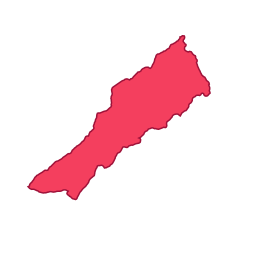 Martinópolis, São Paulo, Brazil (Robinson projection), rotated 37°
{"feature_id": "56859067B60497453686777", "entity_name": "Martinópolis", "entity_type": "district", "adm_level": 2, "iso_a3": "BRA", "parent_name": "Brazil", "parent_adm1": "São Paulo", "projection": "robinson", "projection_center": [-51.128, -22.2], "detail": "fine", "context": "isolated", "style": "filled", "palette": "rose", "viewbox_px": 256, "rotation_deg": 37, "n_neighbors": 0, "source": "geoboundaries", "source_scale": "gbopen_adm2", "svg_char_len": 5254}
<svg xmlns="http://www.w3.org/2000/svg" viewBox="0 0 256 256"><g transform="rotate(37 128 128)"><path d="M100.6,87.0L100.4,88.6L99.2,88.9L97.6,89.4L96.3,90.8L96.1,92.0L95.3,93.3L94.8,94.2L91.4,104.5L91.3,105.5L91.6,106.4L91.9,107.4L92.9,108.4L93.9,109.3L94.9,110.2L95.4,111.5L95.6,112.8L96.2,113.8L96.7,114.8L97.8,115.5L98.3,116.4L99.0,117.0L99.8,117.9L100.2,118.9L100.6,119.7L101.4,120.1L101.7,121.4L101.3,123.0L101.0,124.6L100.8,126.1L100.3,127.4L98.9,129.0L98.4,129.8L97.9,130.7L96.7,132.7L96.1,133.3L95.2,133.9L94.7,134.7L95.2,136.2L96.1,137.7L96.8,138.9L96.9,140.1L97.2,141.4L97.9,142.2L97.9,143.6L98.7,145.3L98.9,146.5L99.4,147.5L100.5,148.2L101.0,148.9L101.1,150.0L100.7,151.3L100.7,152.6L100.1,153.6L100.2,154.7L100.4,155.7L100.9,157.0L101.2,158.3L100.2,159.0L99.5,160.2L99.6,161.4L100.0,162.7L100.2,164.1L100.2,165.2L99.7,166.2L99.6,167.6L99.5,168.9L99.3,170.1L99.0,171.0L98.6,172.2L97.9,173.5L97.9,174.9L97.4,176.1L97.3,177.7L96.9,179.4L97.3,180.9L97.4,182.5L96.8,183.7L95.7,184.5L95.3,185.8L94.9,187.5L94.3,189.2L93.8,190.6L93.7,192.1L93.4,193.0L93.0,193.8L92.5,195.0L92.0,196.3L90.8,197.8L90.4,198.7L90.2,199.7L90.1,200.9L89.9,202.3L89.7,203.6L89.6,204.9L89.1,206.0L89.0,207.2L89.2,208.8L89.3,210.1L88.4,210.9L87.6,211.3L87.0,211.9L86.8,212.7L86.4,213.7L86.3,214.8L85.7,215.8L85.4,216.8L84.8,218.1L84.5,219.3L84.0,220.3L83.6,221.0L83.8,221.9L83.4,223.1L83.5,224.5L83.7,225.5L83.8,226.6L83.7,228.2L83.8,229.4L83.4,230.9L83.5,232.3L84.2,233.6L83.5,235.0L84.6,235.2L85.8,235.4L87.1,235.2L87.9,235.0L88.7,234.3L89.7,233.6L90.7,233.3L91.7,233.1L92.8,232.9L93.6,232.5L94.5,232.5L95.3,232.6L96.4,232.2L97.6,231.7L98.6,231.3L99.7,230.7L100.5,229.8L101.3,229.3L101.9,228.5L102.5,227.6L103.3,226.8L103.9,225.8L105.3,224.9L106.8,224.2L107.6,223.5L108.6,222.4L109.2,221.5L110.0,220.8L110.8,220.2L111.9,219.3L112.8,218.2L113.2,217.2L114.0,216.0L115.0,215.3L115.7,214.9L116.6,214.8L117.4,214.6L118.3,214.4L118.3,215.8L118.5,216.9L119.5,217.5L120.4,217.6L121.4,217.4L122.4,217.8L123.3,217.4L124.2,217.6L125.6,217.8L126.7,217.7L127.6,217.2L129.1,216.7L129.6,215.8L129.6,214.8L129.2,213.8L129.1,212.9L128.9,211.5L128.7,210.4L128.5,209.4L128.3,208.3L128.5,206.9L128.5,205.9L128.5,204.4L128.6,203.2L128.9,201.8L129.2,200.5L129.3,199.6L129.2,198.6L129.3,196.6L129.1,194.7L128.6,193.5L128.4,192.2L128.6,190.6L129.1,188.6L129.3,187.5L129.7,186.3L129.2,185.2L128.8,184.4L128.1,183.2L127.6,181.8L127.2,180.6L127.0,179.4L127.0,178.4L126.4,176.8L127.1,175.7L127.9,175.2L129.2,173.7L130.0,173.4L131.5,173.4L132.4,173.8L133.3,174.1L134.7,172.6L135.0,171.7L135.6,170.7L136.3,169.5L136.2,168.2L136.5,167.2L136.9,166.0L136.8,164.7L136.5,162.6L136.1,160.8L135.9,159.7L135.3,158.6L135.3,157.0L134.9,155.6L134.9,154.2L135.8,152.7L136.1,151.7L136.0,150.4L135.9,149.4L135.6,148.1L135.4,146.3L136.2,145.4L137.9,144.7L138.7,144.3L139.3,143.7L139.5,141.8L141.0,139.6L142.1,138.9L143.2,136.7L143.8,135.8L144.4,135.1L145.5,133.9L146.1,133.0L146.3,131.9L145.8,130.9L145.2,129.8L144.0,129.1L142.8,129.4L143.6,127.9L143.9,126.4L144.0,125.3L144.4,123.8L144.1,122.7L143.9,121.6L144.0,120.3L144.9,118.8L145.0,117.9L144.9,116.6L145.9,115.3L146.7,113.9L147.5,113.1L148.6,112.8L149.6,112.6L150.5,111.8L151.5,111.5L153.2,110.6L154.3,108.9L155.0,107.8L155.6,106.8L156.0,106.0L156.7,105.6L157.5,105.3L158.0,104.4L157.7,102.9L157.1,102.3L156.5,101.7L155.8,100.8L155.4,99.6L156.1,97.2L156.4,96.0L156.4,94.5L156.6,92.9L156.2,91.4L156.5,89.9L157.5,88.5L158.3,87.7L159.5,86.9L160.5,86.8L161.3,87.0L162.5,86.9L162.0,83.8L162.3,82.5L162.6,81.7L162.9,80.3L163.8,79.3L163.9,78.2L163.8,76.8L163.8,75.1L163.5,74.1L162.7,73.1L162.5,71.6L163.1,70.2L163.1,68.7L162.8,67.4L161.9,66.1L161.7,64.8L162.1,63.6L162.7,62.6L162.8,61.6L163.0,60.8L163.8,60.0L164.7,59.3L165.6,59.0L166.1,57.8L165.9,56.2L166.6,55.3L167.7,55.1L168.8,55.9L169.6,56.0L170.4,56.0L171.2,55.5L171.9,54.8L172.2,54.0L172.3,52.1L172.6,50.9L171.9,50.1L170.5,49.4L170.1,48.2L169.6,47.4L168.9,46.5L167.7,45.7L166.5,45.0L166.6,44.1L165.5,43.2L164.3,42.8L163.1,42.8L162.0,42.7L160.2,41.8L158.7,41.2L156.9,41.6L156.2,41.2L154.9,41.3L153.9,40.6L153.0,40.3L151.7,39.5L150.8,39.0L149.7,38.6L148.7,38.0L147.5,37.3L146.4,36.8L145.4,35.9L144.2,35.2L143.2,34.4L143.1,33.2L142.3,32.1L141.3,31.9L140.4,31.6L139.5,31.0L139.0,30.2L138.2,29.8L137.4,30.1L136.0,30.0L134.9,29.9L133.7,29.4L132.6,29.1L131.0,29.8L130.4,31.0L128.7,31.5L127.4,31.6L126.3,31.5L125.6,30.9L125.0,30.1L124.5,29.0L124.8,28.0L124.6,27.1L124.0,26.4L123.1,26.6L122.0,26.2L120.9,26.0L120.0,25.7L119.2,24.4L119.3,23.0L118.9,21.8L118.3,21.1L117.6,20.6L115.9,21.6L115.4,23.3L114.7,24.0L115.4,25.0L115.5,25.9L115.3,27.0L115.5,28.2L114.8,29.3L114.6,30.5L114.3,31.6L113.8,32.6L113.4,33.6L113.0,34.4L112.4,35.1L112.1,36.0L112.3,36.9L112.5,38.2L112.9,39.4L112.1,41.0L111.7,42.2L111.6,43.1L111.3,44.0L110.8,44.7L110.1,45.4L110.1,46.5L109.3,47.6L108.9,48.5L108.6,49.5L108.0,50.4L107.1,51.2L106.8,52.7L107.1,54.0L107.7,55.1L107.7,56.0L108.1,57.2L108.9,58.8L109.3,60.2L109.5,61.4L109.6,62.7L109.8,63.5L110.2,64.9L110.0,66.9L109.1,67.3L107.8,67.2L106.9,67.8L105.8,68.7L105.0,69.8L104.7,70.7L104.2,71.5L104.0,72.3L103.7,73.2L104.0,74.4L103.4,76.3L102.6,77.0L102.1,77.8L102.3,78.7L102.0,79.8L101.8,81.8L101.5,83.8L101.6,85.1L101.3,86.4L100.6,87.0Z" fill="#f43f5e" stroke="#9f1239" stroke-width="1.5"/></g></svg>